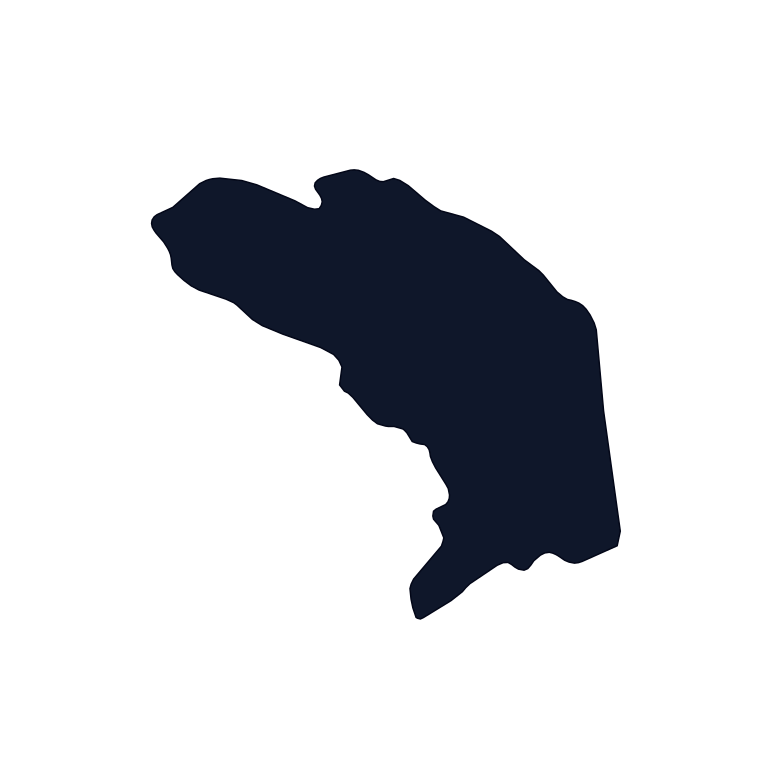 map outline of Australian Capital Territory (Natural Earth projection), rotated 120°
{"feature_id": "AUS-2653", "entity_name": "Australian Capital Territory", "entity_type": "Territory", "adm_level": 1, "iso_a3": "AUS", "parent_name": "Australia", "parent_adm1": "", "projection": "natural_earth1", "projection_center": [149.061, -35.53], "detail": "fine", "context": "isolated", "style": "filled", "palette": "ink", "viewbox_px": 768, "rotation_deg": 120, "n_neighbors": 0, "source": "natural_earth", "source_scale": "10m", "svg_char_len": 2055}
<svg xmlns="http://www.w3.org/2000/svg" viewBox="0 0 768 768"><g transform="rotate(120 384 384)"><path d="M407.5,101.2L438.6,123.7L441.5,126.3L443.9,129.5L445.7,134.7L446.3,139.4L445.7,147.4L445.7,149.8L446.1,153.4L447.1,156.7L449.9,160.3L454.0,163.0L462.2,165.9L467.4,166.3L472.0,167.2L475.2,169.6L477.1,175.0L477.1,179.1L476.5,183.3L476.5,187.4L479.2,191.5L484.3,195.3L514.0,209.8L519.6,211.4L524.7,212.3L538.0,217.6L566.6,233.1L569.3,235.0L570.1,237.9L570.1,239.5L563.4,247.1L556.8,253.0L548.2,259.2L543.8,260.4L538.1,260.8L495.7,253.2L490.8,254.2L487.3,255.3L479.0,265.8L476.3,273.5L473.9,275.7L469.4,277.5L466.3,276.3L457.5,270.3L454.0,269.7L450.4,270.3L447.3,271.8L442.4,276.1L439.9,280.2L430.8,297.4L427.0,303.3L423.5,307.6L420.7,309.8L418.3,312.1L416.6,315.2L416.1,318.5L417.9,322.8L419.0,326.7L419.7,330.8L414.8,339.8L413.7,343.5L413.5,345.3L415.7,354.0L418.6,359.0L419.7,361.8L421.7,369.8L421.0,375.8L418.9,383.4L411.1,404.4L409.7,410.6L410.0,414.7L407.0,422.0L390.3,428.9L386.0,435.0L383.6,442.4L384.1,457.1L391.4,496.5L394.3,518.5L393.9,530.2L389.2,550.7L388.7,554.8L389.5,563.2L395.1,591.1L395.4,599.9L394.3,608.9L392.5,617.4L391.3,621.3L389.6,624.6L387.0,627.1L381.4,631.2L378.7,633.6L376.5,636.3L374.6,639.2L371.1,645.9L367.3,656.8L365.7,660.2L363.8,663.3L361.1,665.6L357.9,666.8L354.1,666.6L350.8,665.2L336.6,655.2L302.7,643.8L296.7,639.8L294.2,637.5L291.9,635.0L287.8,629.1L278.9,608.9L275.1,593.7L269.9,552.7L269.5,538.4L267.4,531.6L264.6,527.8L260.7,527.6L257.1,528.6L254.6,530.8L252.6,533.8L249.5,540.7L247.3,543.2L244.2,544.2L240.8,543.4L237.8,541.9L234.9,539.6L215.6,520.0L213.4,516.8L211.7,512.9L210.7,507.2L210.6,502.0L211.2,492.9L210.7,489.0L209.1,485.7L201.2,478.4L199.8,472.2L200.1,462.2L204.2,440.1L205.4,429.3L205.7,421.4L199.7,398.5L197.9,367.3L198.5,357.7L206.3,324.7L208.4,306.5L210.0,300.5L217.8,280.2L219.1,272.9L219.1,267.5L217.9,263.7L217.0,259.7L216.5,255.7L216.8,251.1L218.2,246.3L221.2,240.0L226.1,232.5L230.9,227.3L297.5,180.4L393.3,105.8L407.5,101.2Z" fill="#0f172a" stroke="#020617" stroke-width="1.5"/></g></svg>